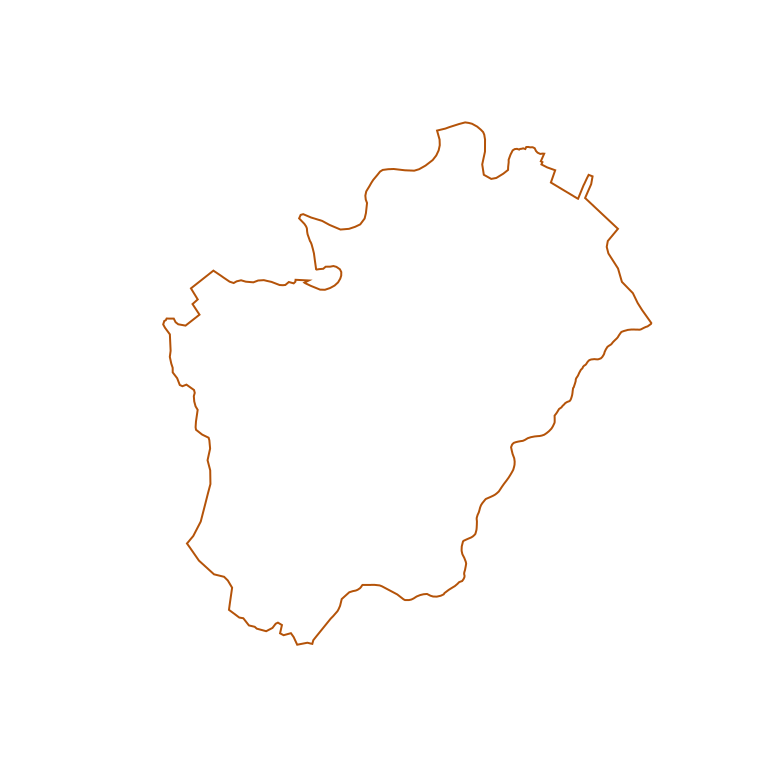 Bata, Arad, Romania (Natural Earth projection), rotated 291°
{"feature_id": "2599482B24264783228230", "entity_name": "Bata", "entity_type": "district", "adm_level": 2, "iso_a3": "ROU", "parent_name": "Romania", "parent_adm1": "Arad", "projection": "natural_earth1", "projection_center": [22.051, 46.0], "detail": "fine", "context": "isolated", "style": "outline", "palette": "amber", "viewbox_px": 768, "rotation_deg": 291, "n_neighbors": 0, "source": "geoboundaries", "source_scale": "gbopen_adm2", "svg_char_len": 5506}
<svg xmlns="http://www.w3.org/2000/svg" viewBox="0 0 768 768"><g transform="rotate(291 384 384)"><path d="M536.7,611.7L537.8,610.1L544.7,599.7L545.5,598.5L550.5,591.8L558.0,583.8L564.6,569.5L567.1,567.6L575.7,561.1L586.3,546.7L591.8,542.8L597.7,541.7L612.7,546.8L619.5,530.1L624.6,517.6L629.7,505.1L638.7,505.5L644.8,505.8L652.6,504.3L652.6,500.1L648.7,499.7L642.7,499.3L641.1,499.1L626.5,498.8L626.5,498.2L631.9,467.6L644.9,467.2L644.7,458.7L645.4,452.3L647.9,452.4L648.1,450.6L656.4,451.0L656.0,449.6L654.8,447.4L655.0,444.5L656.0,442.4L658.1,440.2L658.3,438.0L657.8,436.7L657.3,435.6L657.0,433.7L656.2,431.9L654.0,431.7L653.9,429.5L652.8,428.0L652.5,427.3L652.1,426.7L651.3,426.2L651.2,423.9L650.1,421.8L648.2,420.4L643.4,419.9L638.0,420.0L635.8,420.9L631.2,422.1L628.3,423.1L623.1,420.0L616.6,415.0L613.9,410.6L615.1,402.2L624.2,397.0L637.1,395.0L648.5,390.7L650.5,389.5L652.6,388.3L654.7,386.3L656.1,383.3L657.7,378.7L658.5,372.9L658.1,369.5L657.3,366.0L653.6,360.9L647.2,352.9L644.4,349.7L643.6,348.5L639.6,342.7L632.1,348.3L626.9,350.5L621.7,351.3L616.1,350.9L610.5,349.2L602.8,344.5L597.1,339.8L594.0,335.8L591.0,326.9L588.2,316.0L586.0,310.9L583.4,306.1L580.9,304.2L576.5,302.8L570.7,300.8L567.4,300.1L563.4,299.5L560.2,298.9L557.4,298.4L553.1,299.1L549.6,300.9L546.9,303.3L543.1,304.3L537.0,305.9L531.5,306.6L524.5,304.6L520.4,300.7L516.3,295.7L512.6,288.0L513.0,276.1L514.1,267.8L513.3,256.3L513.6,247.7L512.0,245.6L508.2,245.4L506.5,249.0L504.9,252.4L503.2,254.8L501.7,256.2L498.6,257.7L496.4,259.0L493.6,261.4L490.9,263.7L490.0,264.9L488.5,266.3L484.7,269.1L480.8,271.8L474.2,275.4L466.8,279.5L466.7,280.1L468.0,282.3L469.8,286.0L472.6,287.5L474.2,291.6L476.0,294.5L476.3,297.6L475.3,301.7L473.2,304.0L469.9,305.2L466.7,305.4L462.4,304.7L458.2,302.6L454.3,299.3L450.8,295.1L449.2,290.5L449.3,285.4L449.4,280.4L449.9,274.2L450.1,273.4L453.7,276.7L449.6,264.1L447.7,264.6L445.6,263.6L445.1,258.6L441.1,256.4L440.0,254.2L439.0,251.1L439.0,246.8L439.0,244.2L439.0,242.4L438.3,237.7L437.9,234.6L435.5,229.4L432.1,225.6L430.0,218.3L429.6,213.4L427.0,209.6L424.4,207.5L424.2,203.2L425.9,195.9L426.5,193.6L428.7,184.1L404.1,169.5L396.2,179.8L390.0,176.6L382.6,186.9L367.4,177.8L366.0,170.5L367.0,167.3L369.7,164.3L367.2,157.6L365.3,157.4L364.1,156.3L360.5,156.5L358.1,159.3L353.6,166.3L338.5,172.9L332.6,174.3L326.8,178.1L323.4,180.9L319.1,182.6L315.3,188.8L309.9,193.7L309.7,196.6L312.6,199.8L310.3,208.8L307.9,210.5L304.5,210.8L299.7,213.1L295.6,216.1L293.1,219.3L281.6,221.9L276.1,223.6L273.9,224.9L271.6,232.4L271.0,239.5L268.9,241.1L261.4,244.8L249.6,246.6L241.1,252.7L228.4,257.8L219.1,258.8L207.3,260.2L189.9,262.2L173.7,260.4L169.1,258.8L167.5,258.3L164.5,257.2L162.2,260.7L152.8,274.5L145.4,293.5L146.7,303.8L144.6,308.6L139.4,315.2L124.0,318.7L117.6,320.2L114.1,332.6L114.9,336.6L110.2,344.4L111.0,350.3L110.0,352.9L111.0,362.6L116.3,367.3L121.4,368.8L123.2,370.5L122.4,375.1L114.0,376.3L113.5,380.3L118.0,386.4L115.4,390.3L109.5,396.4L115.0,405.2L115.4,408.5L115.7,410.2L119.5,409.8L123.9,411.2L145.8,418.3L149.0,419.7L155.3,422.0L157.4,422.3L161.1,422.5L168.1,421.6L177.1,426.2L179.5,429.2L181.0,431.6L182.4,433.1L184.8,434.8L186.9,435.5L188.0,435.6L188.8,436.1L189.4,437.8L193.1,447.2L194.4,452.1L194.4,454.6L192.3,471.8L190.0,479.4L189.8,481.1L191.2,484.7L192.6,486.8L194.4,488.5L197.3,490.6L200.0,493.5L201.9,496.3L203.4,499.4L203.0,503.3L203.2,506.0L204.4,509.5L206.7,512.9L209.0,515.1L210.5,515.4L215.0,518.2L217.8,520.3L219.5,521.6L220.6,522.5L223.5,524.1L226.0,525.2L228.1,527.6L230.5,528.2L232.4,528.3L233.7,528.0L235.2,527.0L236.2,526.6L237.5,526.4L239.3,526.3L243.2,525.6L245.7,525.1L247.4,524.0L250.5,521.2L252.5,518.9L253.4,518.0L256.0,516.3L257.2,515.8L260.2,514.8L265.1,514.2L266.0,514.4L267.8,516.1L269.9,518.2L272.0,520.4L273.6,521.6L275.6,522.6L276.8,523.0L278.2,522.9L280.9,522.6L282.8,522.1L285.9,521.1L289.0,520.0L291.4,518.8L292.5,518.5L295.5,518.3L298.1,518.5L300.5,518.3L303.1,518.0L305.6,518.0L308.0,518.5L312.6,520.0L313.3,520.4L316.8,524.0L319.0,526.1L320.6,527.4L322.4,528.5L324.8,529.7L327.9,530.4L330.2,530.9L333.8,531.8L337.5,532.9L341.2,533.9L344.8,534.6L347.9,535.1L350.3,535.4L353.4,535.1L355.4,534.8L358.4,533.8L361.3,532.2L364.8,529.1L367.7,527.1L370.5,525.3L373.4,525.3L374.9,525.9L375.7,526.4L377.0,528.0L378.3,529.9L379.7,532.2L380.7,534.0L382.3,535.6L384.5,537.3L384.9,537.6L387.0,540.2L389.0,543.4L390.4,546.2L391.2,547.9L392.4,549.8L393.5,551.1L394.1,551.8L396.4,553.4L399.0,554.9L402.3,556.3L404.8,556.8L407.3,557.0L409.0,557.1L410.4,556.7L412.7,555.8L415.6,554.6L418.6,555.5L420.6,555.9L421.8,556.1L423.4,556.4L425.7,558.0L427.7,558.6L429.5,559.5L431.0,560.0L432.6,561.2L433.1,561.7L434.5,563.3L435.4,563.7L437.0,563.9L439.1,563.8L441.2,563.6L443.5,563.1L444.5,562.8L447.0,562.2L447.9,562.0L448.8,562.3L453.1,562.1L455.4,561.9L457.0,561.4L458.3,561.4L460.4,561.9L461.5,562.1L463.3,562.2L464.0,562.2L465.5,562.4L467.8,562.7L469.7,563.6L471.5,563.7L472.9,564.3L474.0,565.2L475.0,565.6L477.0,566.0L477.8,566.2L479.5,566.9L480.1,567.4L481.2,568.7L482.0,570.3L482.6,571.4L483.0,572.9L483.5,574.5L484.0,575.4L485.7,577.3L487.5,578.1L490.0,578.6L491.1,578.7L492.9,578.5L495.8,578.7L498.8,579.3L500.6,580.5L502.0,581.6L503.0,582.1L505.0,582.7L507.3,583.7L510.0,585.0L511.4,585.5L513.7,585.9L516.5,586.6L517.7,587.0L519.4,588.9L521.0,591.1L521.8,592.1L523.4,595.2L524.3,597.4L524.9,599.2L525.7,601.4L526.3,603.2L527.1,604.3L529.9,606.8L531.2,608.1L532.2,609.4L535.4,611.5L535.7,611.7L536.7,611.7Z" fill="none" stroke="#b45309" stroke-width="2"/></g></svg>